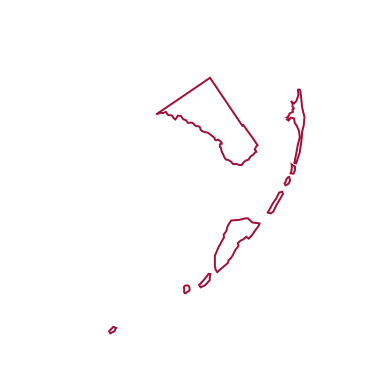 Monroe, United States of America, rotated 326°
{"feature_id": "52423323B83657020181819", "entity_name": "Monroe", "entity_type": "district", "adm_level": 2, "iso_a3": "USA", "parent_name": "United States of America", "parent_adm1": "", "projection": "natural_earth1", "projection_center": [-81.165, 25.16], "detail": "fine", "context": "isolated", "style": "outline", "palette": "rose", "viewbox_px": 384, "rotation_deg": 326, "n_neighbors": 0, "source": "geoboundaries", "source_scale": "gbopen_adm2", "svg_char_len": 2723}
<svg xmlns="http://www.w3.org/2000/svg" viewBox="0 0 384 384"><g transform="rotate(326 192 192)"><path d="M270.8,107.4L219.4,107.6L205.8,107.6L210.7,108.9L211.7,110.2L215.1,111.1L215.2,114.7L218.2,117.4L218.1,120.7L218.7,122.5L220.0,122.1L222.9,120.8L225.3,122.8L225.4,126.7L227.2,129.3L227.3,132.4L230.7,134.4L231.5,136.1L231.6,137.8L232.3,139.8L234.1,141.0L234.6,142.3L234.8,142.9L234.0,145.2L234.2,146.8L236.0,149.4L237.4,150.6L238.5,152.2L240.9,159.5L240.9,160.0L240.5,160.6L240.5,162.2L241.5,163.0L242.9,163.1L244.2,166.5L244.1,167.7L243.7,168.6L242.3,168.0L241.7,168.3L240.8,169.4L240.4,170.4L240.7,171.3L240.3,172.9L239.6,173.8L239.3,175.0L238.6,179.8L238.3,180.8L238.2,183.9L240.0,185.7L240.9,187.7L241.4,189.0L241.6,191.5L242.4,192.5L243.8,193.0L244.7,193.9L246.6,196.4L248.3,197.4L251.5,196.2L254.5,196.0L255.9,196.6L257.1,196.7L260.1,195.4L261.6,195.2L263.2,195.4L266.2,194.5L267.8,194.7L268.0,193.6L267.7,192.8L267.9,191.8L270.6,190.2L272.5,189.9L272.5,181.1L272.0,165.2L270.8,165.3L270.8,125.6L270.8,113.2L270.8,107.4ZM168.2,269.6L168.1,272.6L172.2,272.0L182.0,270.9L184.2,269.0L186.5,268.8L190.0,267.4L195.8,264.2L200.4,262.7L201.4,259.9L204.8,259.5L208.4,259.9L211.9,259.4L213.0,262.4L217.3,261.4L222.7,259.3L228.8,257.1L230.4,255.8L225.0,251.0L223.6,245.1L221.4,243.6L215.7,241.6L208.5,237.5L202.5,240.2L198.4,243.7L194.5,245.0L193.0,247.6L183.4,252.4L175.4,257.6L173.7,260.0L169.5,266.3L168.2,269.6ZM336.7,166.8L336.5,167.3L334.5,171.1L329.3,175.0L326.2,175.6L325.0,173.4L325.1,172.9L324.8,172.9L324.8,175.3L323.1,177.2L323.1,179.8L321.3,179.8L320.5,182.0L317.0,181.5L313.5,183.5L312.2,183.2L313.0,185.8L311.5,185.5L312.1,186.8L315.5,185.6L317.8,188.2L315.9,191.8L315.8,195.6L315.0,200.9L312.0,206.9L306.8,211.4L300.8,217.5L293.2,225.1L294.4,226.5L303.8,219.1L312.5,209.4L317.2,203.4L321.8,199.3L327.1,192.9L330.5,183.7L335.2,174.9L338.7,168.1L338.5,167.8L338.2,167.0L337.5,166.6L337.2,166.5L336.7,166.8ZM243.3,251.4L245.3,253.8L248.5,253.7L254.4,250.2L266.2,244.6L267.0,242.3L263.9,241.2L258.2,244.5L252.4,246.7L247.8,249.2L243.3,251.4ZM145.9,273.0L145.8,275.8L150.6,276.6L157.2,275.1L159.8,271.8L161.3,270.3L160.0,269.1L156.5,270.4L150.1,272.2L145.9,273.0ZM129.6,270.3L129.5,271.8L130.1,272.3L134.8,272.2L136.1,270.6L136.7,269.1L136.5,267.5L136.2,267.0L133.9,265.8L132.8,265.9L131.9,266.4L131.1,268.6L129.6,270.3ZM284.2,231.7L286.4,233.6L289.6,231.5L291.6,228.6L290.5,226.2L290.0,224.9L289.3,226.3L286.6,229.8L284.2,231.7ZM273.3,238.8L273.8,238.9L276.6,239.1L279.3,237.7L279.9,236.9L280.2,236.1L281.0,233.9L279.7,233.5L277.0,234.4L275.2,236.1L273.4,236.8L273.3,238.8ZM45.4,261.2L45.3,263.5L49.7,264.0L53.1,262.3L51.3,259.8L47.3,260.7L45.4,261.2Z" fill="none" stroke="#9f1239" stroke-width="2"/></g></svg>